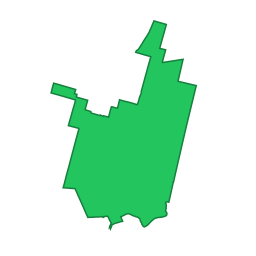 Alexandru Odobescu, Calarasi, Romania, rotated 349°
{"feature_id": "2599482B54929326220532", "entity_name": "Alexandru Odobescu", "entity_type": "district", "adm_level": 2, "iso_a3": "ROU", "parent_name": "Romania", "parent_adm1": "Calarasi", "projection": "orthographic", "projection_center": [27.086, 44.315], "detail": "fine", "context": "isolated", "style": "filled", "palette": "green", "viewbox_px": 256, "rotation_deg": 349, "n_neighbors": 0, "source": "geoboundaries", "source_scale": "gbopen_adm2", "svg_char_len": 3949}
<svg xmlns="http://www.w3.org/2000/svg" viewBox="0 0 256 256"><g transform="rotate(349 128 128)"><path d="M91.6,223.6L92.3,222.6L92.5,222.2L92.9,221.6L93.5,220.7L93.9,220.0L96.5,219.3L97.4,219.1L98.5,219.0L99.6,219.0L100.3,218.9L101.6,218.7L102.4,218.6L103.5,218.6L104.9,218.6L104.8,218.2L104.7,217.4L104.4,215.7L104.0,213.7L104.9,213.6L105.9,213.3L107.9,212.8L109.6,212.2L111.0,212.1L111.8,212.1L112.0,212.2L114.2,213.4L114.6,213.8L116.1,215.0L116.3,215.2L116.5,215.3L117.4,215.6L119.1,216.8L119.8,217.0L120.5,217.5L121.1,217.9L121.4,218.4L122.4,219.7L122.4,220.2L122.4,221.3L122.4,221.9L122.7,222.5L123.0,223.3L123.2,224.0L123.3,224.7L123.3,225.3L123.5,225.9L123.9,226.5L124.2,227.6L125.3,228.2L126.1,228.0L128.5,227.2L129.6,226.5L132.3,224.5L133.8,223.5L134.6,223.2L136.0,222.3L137.1,221.9L138.0,221.7L138.6,221.7L139.1,221.8L139.8,221.6L140.3,221.5L141.0,221.7L142.9,221.9L143.5,221.8L143.9,222.0L145.2,221.9L147.6,221.7L148.8,221.3L149.5,220.7L149.7,219.8L149.9,219.3L149.9,219.0L149.8,218.7L149.8,218.1L149.7,217.8L149.2,217.3L149.2,215.8L150.1,214.4L150.2,213.7L150.3,213.0L150.5,212.3L150.8,211.5L150.9,210.8L150.8,209.7L150.8,209.3L150.8,209.2L150.6,208.9L150.5,208.6L151.5,208.0L151.8,207.9L152.0,207.9L152.3,207.9L152.5,208.0L153.9,208.6L154.7,206.9L162.3,189.4L162.5,189.5L165.5,182.6L177.8,154.9L185.8,137.0L188.9,130.3L189.2,129.6L200.0,106.1L203.1,99.4L186.0,91.7L194.7,72.1L195.2,71.1L174.4,70.3L174.4,69.6L179.9,58.4L174.3,55.9L185.4,33.7L185.2,33.6L183.9,32.9L180.7,31.3L179.0,30.4L176.7,29.3L174.9,28.3L174.3,28.0L173.9,27.8L173.5,28.5L173.1,29.1L172.0,30.6L171.2,31.9L170.4,33.1L169.4,34.5L166.9,38.2L163.6,41.8L161.4,44.0L157.1,48.7L153.3,52.7L153.0,52.9L151.5,53.5L151.0,53.8L150.5,54.3L150.3,54.6L150.0,55.2L152.8,56.6L158.0,59.3L164.0,62.3L162.3,65.8L159.8,70.7L154.4,81.6L148.0,94.6L147.9,94.7L148.0,95.2L148.0,95.4L147.9,95.7L146.5,98.1L146.2,98.5L145.9,98.9L145.6,99.3L143.2,104.1L142.6,105.2L142.5,105.3L142.3,105.5L141.6,106.9L136.3,104.1L134.1,103.0L132.3,102.2L129.7,101.0L128.2,100.3L125.1,98.7L124.1,100.9L123.4,102.3L122.6,104.2L121.4,106.4L121.1,106.5L120.9,106.4L119.2,105.6L118.6,105.3L117.8,104.8L116.9,104.4L116.1,104.0L115.9,104.0L115.7,104.1L114.1,107.1L112.6,110.3L111.0,113.6L106.2,111.3L105.7,111.8L103.2,109.9L102.7,110.4L96.0,106.9L94.6,106.2L94.4,106.0L94.4,105.8L94.4,105.5L94.7,105.0L94.7,104.9L94.6,104.7L89.6,102.0L89.5,101.9L89.5,101.7L90.3,99.9L92.7,95.1L93.7,93.1L83.1,87.7L84.3,85.3L82.0,84.1L83.9,80.4L84.0,80.3L83.9,80.2L75.4,75.8L67.6,71.8L63.6,69.8L62.0,72.9L60.6,75.9L59.2,78.9L61.6,80.1L65.8,82.2L69.1,83.9L81.9,90.5L79.9,94.6L77.3,99.6L76.1,102.0L74.2,105.8L69.9,114.3L79.7,119.0L79.8,119.1L78.9,121.0L78.5,121.7L77.6,123.5L76.9,125.0L76.1,126.7L74.9,129.0L73.3,132.4L72.7,133.6L70.3,138.6L68.6,142.1L65.6,148.2L64.8,149.9L64.1,151.4L62.9,153.9L61.3,157.1L59.2,161.3L58.0,163.8L55.9,168.3L54.8,170.6L53.6,173.0L53.0,174.1L52.9,174.3L54.1,174.6L55.2,174.9L56.8,175.3L58.9,175.9L59.9,176.2L63.3,177.1L64.5,177.4L65.2,180.7L66.3,185.5L68.2,193.6L69.0,197.0L69.1,197.4L69.5,199.4L70.7,204.7L71.3,206.9L71.5,208.1L72.9,208.3L73.8,208.4L74.7,208.6L78.4,209.1L80.5,209.4L80.8,209.5L81.0,209.5L81.4,209.6L81.7,209.6L82.0,209.7L82.6,209.7L83.5,209.9L85.2,210.1L86.5,210.2L86.5,210.3L86.6,210.5L86.5,210.8L86.5,211.0L86.8,211.0L87.5,210.7L88.2,210.5L88.5,210.4L88.8,210.4L89.0,210.4L89.8,210.5L90.3,210.6L90.8,210.7L91.0,210.7L91.0,210.8L91.2,211.1L91.5,211.4L91.5,211.5L91.7,212.0L91.8,212.7L92.0,213.2L92.0,213.4L92.1,213.7L92.3,214.7L92.4,215.1L92.6,215.8L92.8,216.3L92.9,216.7L93.0,216.9L93.1,217.1L93.2,217.3L93.3,217.5L93.3,217.8L93.3,218.0L93.2,218.2L93.0,218.6L92.9,218.8L92.7,219.1L92.1,220.0L91.6,220.5L91.5,220.8L91.4,221.1L91.0,221.5L90.9,221.9L91.0,221.8L91.2,221.7L91.3,221.6L91.6,221.5L91.9,221.2L92.0,221.2L92.2,221.3L92.2,221.5L92.1,221.9L91.9,222.3L91.9,222.5L91.8,222.9L91.7,223.2L91.6,223.4L91.6,223.5L91.6,223.6Z" fill="#22c55e" stroke="#15803d" stroke-width="1.5"/></g></svg>